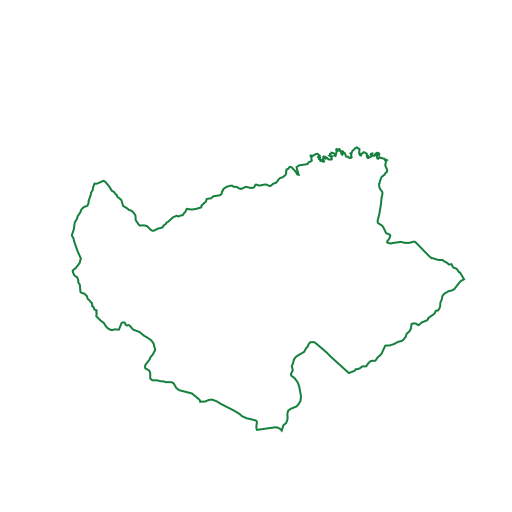 Picota, San Martín, Peru, rotated 141°
{"feature_id": "86281439B32206092239911", "entity_name": "Picota", "entity_type": "district", "adm_level": 2, "iso_a3": "PER", "parent_name": "Peru", "parent_adm1": "San Martín", "projection": "mercator", "projection_center": [-76.326, -6.941], "detail": "fine", "context": "isolated", "style": "outline", "palette": "green", "viewbox_px": 512, "rotation_deg": 141, "n_neighbors": 0, "source": "geoboundaries", "source_scale": "gbopen_adm2", "svg_char_len": 6119}
<svg xmlns="http://www.w3.org/2000/svg" viewBox="0 0 512 512"><g transform="rotate(141 256 256)"><path d="M335.9,413.9L339.9,411.6L341.1,410.1L344.5,408.9L346.1,407.4L351.5,404.1L352.7,402.6L354.8,401.4L355.9,401.3L358.5,402.2L360.5,402.3L362.8,401.9L364.7,400.6L369.6,399.1L371.8,397.5L375.7,396.2L380.6,391.5L385.7,388.3L386.3,387.5L386.7,384.7L388.3,381.4L391.8,371.5L393.7,364.3L397.6,361.5L403.5,360.1L407.6,360.1L408.6,358.2L409.4,355.2L408.4,352.0L408.7,350.8L409.6,348.6L410.7,347.5L411.0,344.6L415.1,338.5L414.6,336.9L413.1,334.8L412.7,331.0L413.4,329.8L413.7,328.4L413.3,326.2L413.5,324.3L413.0,323.0L413.8,321.3L414.8,320.3L414.4,318.2L415.3,316.3L414.1,313.9L415.5,312.8L415.9,311.5L417.2,310.7L418.0,309.6L417.5,304.0L416.4,299.8L416.9,296.0L416.6,292.8L415.3,289.8L414.5,288.9L411.7,287.8L409.6,285.5L408.8,285.1L402.6,288.5L401.6,288.4L400.2,287.3L399.9,286.0L400.5,284.8L400.4,283.8L400.2,283.4L398.5,282.4L398.0,281.6L397.8,276.0L394.3,270.2L393.3,264.8L391.6,260.5L390.6,256.8L390.5,254.1L391.0,251.5L391.9,250.1L392.8,247.4L393.8,246.3L398.6,244.3L401.1,244.0L404.0,242.5L410.7,240.9L412.1,239.6L412.7,238.3L411.2,234.6L411.3,233.2L412.0,231.4L415.2,227.5L415.1,225.6L414.4,224.3L411.1,221.6L409.2,219.0L406.5,216.4L405.7,214.9L402.4,212.3L400.6,210.4L400.2,208.3L401.0,203.7L400.4,201.0L399.9,199.7L392.3,189.5L390.5,180.7L390.4,179.0L391.1,177.9L387.1,174.9L383.5,173.9L380.6,172.2L378.0,167.8L376.6,163.6L370.6,150.2L368.2,143.6L367.7,140.4L365.4,135.8L359.8,128.6L359.5,127.1L359.9,126.2L362.9,123.4L364.3,121.5L364.6,120.2L349.2,111.0L347.4,109.4L346.1,106.6L345.9,104.1L341.4,107.2L337.7,107.2L334.6,109.1L333.2,110.4L331.2,113.4L328.4,115.5L325.2,115.4L319.3,113.6L316.5,114.0L313.0,115.2L311.7,116.3L309.3,118.7L308.1,120.8L304.5,127.5L303.1,131.9L302.9,136.4L303.8,140.8L303.6,141.7L303.1,142.3L299.6,143.9L298.7,145.2L297.5,147.9L294.3,149.6L291.8,151.6L289.0,152.4L287.2,152.5L278.9,151.2L276.3,152.4L272.3,153.3L271.0,154.2L268.4,154.9L265.3,152.8L264.5,151.0L261.8,136.5L261.3,130.9L257.5,106.6L252.2,104.9L249.3,105.1L248.1,104.0L245.6,103.3L243.6,103.4L242.5,103.0L239.8,100.9L235.8,102.1L233.0,102.1L231.9,101.6L229.7,99.8L228.7,99.6L225.1,100.7L221.3,100.7L219.2,101.4L212.2,104.9L211.3,104.6L208.5,102.4L203.8,100.6L200.0,100.0L196.2,98.3L194.5,98.1L190.2,99.1L188.1,100.7L184.2,100.9L183.1,101.3L181.2,102.2L177.8,105.3L175.6,104.3L174.7,103.3L174.0,102.3L173.6,100.4L173.0,99.9L168.9,100.0L163.5,98.4L162.1,98.6L161.6,99.2L160.7,99.3L153.8,98.9L150.6,100.2L148.8,99.1L146.3,99.9L144.5,101.1L141.9,103.9L139.4,105.0L136.3,107.6L134.7,108.0L132.2,108.1L128.4,107.4L125.1,105.8L122.7,105.5L114.4,107.4L112.3,107.6L109.0,107.0L107.8,114.8L108.5,115.6L108.1,119.1L108.4,120.4L110.0,123.0L109.2,126.6L111.5,128.0L111.7,130.3L112.4,131.6L112.6,132.7L113.2,133.3L113.5,135.5L116.2,137.6L118.8,141.0L119.6,142.7L120.8,143.5L121.5,146.7L123.4,166.8L124.4,167.9L128.6,169.7L132.0,172.5L134.5,175.8L141.5,180.0L142.9,180.5L145.0,182.8L145.5,184.0L145.0,184.7L141.3,185.7L138.8,187.3L138.7,188.7L140.5,191.8L138.9,198.6L138.9,200.3L140.5,204.9L139.6,206.6L133.6,211.1L125.4,218.5L122.4,221.7L118.4,224.9L117.5,226.5L117.5,228.8L116.9,231.7L115.0,234.7L114.0,234.9L112.1,236.5L108.6,238.4L105.0,238.3L103.5,238.9L101.4,239.0L100.7,239.4L99.8,240.5L98.7,244.7L98.2,245.5L94.4,248.4L94.0,248.3L94.3,249.1L95.4,249.1L95.2,251.2L96.2,252.1L96.7,253.3L97.6,253.8L97.8,255.1L98.7,255.3L99.8,254.7L100.3,255.4L98.9,258.5L98.1,258.4L97.0,257.1L96.4,257.1L95.9,258.1L96.3,259.5L96.9,260.0L98.9,260.3L100.3,259.5L101.0,259.5L101.8,260.1L102.0,261.0L101.0,262.5L102.2,263.0L103.0,262.8L102.9,261.3L103.6,260.8L105.8,261.3L106.1,262.2L105.9,263.4L106.1,263.5L107.0,263.3L106.8,261.8L107.1,261.5L107.4,261.7L107.4,263.5L105.5,265.7L106.5,268.3L107.0,268.9L108.7,268.7L109.9,269.3L110.3,269.1L110.8,268.1L111.2,268.0L111.7,269.1L111.4,270.6L108.2,274.2L109.1,275.7L109.3,277.0L111.3,277.4L112.2,277.0L114.7,277.1L116.6,276.0L118.0,276.3L118.1,274.7L119.2,274.1L119.4,272.6L120.1,272.4L121.7,273.3L122.1,275.3L123.1,276.1L123.4,276.8L122.3,279.8L122.7,280.8L122.7,281.8L124.1,281.4L124.7,280.4L125.3,280.4L125.5,280.9L124.9,282.6L123.3,282.9L123.1,283.2L124.6,284.5L124.0,285.8L124.0,286.7L124.8,287.1L125.7,286.2L126.1,286.3L126.0,287.9L126.2,288.4L126.9,288.1L127.4,286.5L131.3,283.7L131.6,284.3L130.8,285.2L130.8,286.8L132.4,288.9L133.5,288.3L134.4,288.7L134.9,287.6L135.8,287.8L135.5,286.9L133.9,285.5L135.5,285.1L135.8,284.0L136.3,283.5L137.2,283.8L138.8,285.4L139.0,287.3L140.9,288.0L140.8,288.4L139.7,289.1L140.5,290.6L141.3,290.6L142.4,289.4L143.5,289.2L143.4,286.8L143.7,286.6L144.3,286.7L144.9,288.5L146.1,289.2L145.4,290.3L146.1,291.5L145.6,292.0L144.4,291.9L144.1,292.2L145.6,293.6L145.3,294.0L144.1,293.6L143.4,293.9L143.9,296.7L145.3,297.6L148.1,297.8L150.3,299.7L150.7,299.3L150.4,298.4L150.5,297.7L151.7,297.1L152.4,295.2L153.1,294.9L156.4,295.7L158.1,295.0L165.5,299.3L168.5,299.5L169.6,297.6L171.7,292.3L172.6,293.3L172.1,296.5L172.5,302.4L173.4,303.8L174.1,304.0L176.0,303.5L177.8,304.0L178.8,302.9L179.6,302.7L180.3,301.4L182.2,300.4L185.7,300.4L187.6,301.2L189.1,301.5L194.1,300.3L197.1,301.3L200.4,301.3L201.3,301.6L202.8,304.6L203.7,305.7L209.2,308.7L211.0,311.5L211.5,311.7L213.9,310.7L215.2,310.8L217.2,312.1L220.3,316.1L225.4,317.5L226.7,319.3L227.5,321.9L229.9,323.9L230.2,325.6L231.3,326.5L234.5,328.0L236.2,328.4L239.6,328.5L240.2,327.9L242.2,327.3L243.4,326.0L245.0,325.8L246.2,326.1L251.5,329.2L254.6,329.1L258.1,331.2L258.6,331.2L260.9,329.8L266.7,329.5L267.5,328.5L268.1,328.3L272.9,330.3L276.7,332.5L280.1,336.2L283.3,334.7L285.1,334.6L287.2,333.8L289.4,335.0L291.3,335.4L292.3,337.2L296.2,338.3L302.7,337.9L304.5,338.2L306.1,337.7L308.9,337.8L310.6,337.0L315.6,339.2L319.0,339.8L320.2,340.4L320.7,340.9L321.4,343.0L321.9,348.0L323.8,350.3L327.4,353.1L327.0,359.2L326.3,360.6L325.3,361.7L324.1,363.6L323.9,367.7L324.4,369.8L325.7,371.6L326.2,374.1L327.7,378.6L325.4,384.4L326.4,389.1L326.4,389.8L325.8,390.9L326.2,392.8L326.0,394.8L327.0,397.6L326.3,402.4L326.5,408.9L327.3,410.5L333.5,412.1L334.7,412.7L335.9,413.9Z" fill="none" stroke="#15803d" stroke-width="2"/></g></svg>